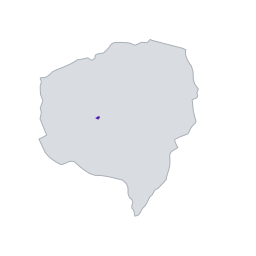 Chegutu Urban, Mashonaland West, Zimbabwe (highlighted), rotated 245°
{"feature_id": "62879985B25835202040787", "entity_name": "Chegutu Urban", "entity_type": "district", "adm_level": 2, "iso_a3": "ZWE", "parent_name": "Zimbabwe", "parent_adm1": "Mashonaland West", "projection": "natural_earth1", "projection_center": [30.15, -18.125], "detail": "fine", "context": "in_parent", "style": "filled", "palette": "violet", "viewbox_px": 256, "rotation_deg": 245, "n_neighbors": 0, "source": "geoboundaries", "source_scale": "gbopen_adm2", "svg_char_len": 2432}
<svg xmlns="http://www.w3.org/2000/svg" viewBox="0 0 256 256"><g transform="rotate(245 128 128)"><path d="M174.5,213.4L172.5,212.0L169.9,211.1L166.6,210.6L162.2,210.8L156.9,211.6L151.1,210.6L145.0,207.9L139.9,207.0L133.9,208.1L133.6,208.2L132.5,207.3L130.9,205.3L128.1,204.9L127.4,204.5L126.7,203.7L126.3,202.8L126.2,201.7L126.6,198.5L126.4,198.1L125.6,197.7L124.1,197.3L120.4,195.9L115.9,194.4L108.4,192.9L105.5,192.5L104.8,192.0L104.0,190.8L102.5,187.0L101.2,184.6L98.0,180.8L97.4,179.6L97.6,176.6L97.8,174.1L98.1,172.0L98.0,170.1L97.9,167.7L98.0,166.1L97.6,165.4L96.4,164.9L93.1,164.7L89.1,164.8L88.9,162.3L88.5,158.5L87.8,156.3L86.8,155.2L85.0,154.0L81.2,152.4L76.1,149.9L71.8,146.3L66.8,141.8L65.2,141.0L63.3,136.7L60.5,129.4L60.6,127.0L60.2,125.8L57.5,122.2L56.8,120.4L56.3,118.5L52.0,113.3L50.5,111.0L49.3,108.0L48.2,105.7L47.2,104.7L46.0,103.1L45.1,101.3L44.7,100.0L45.0,98.1L45.4,96.9L49.6,98.2L51.8,98.3L53.6,97.6L55.8,98.5L58.4,100.9L61.3,101.3L64.3,99.9L68.5,100.3L73.7,102.7L78.1,103.1L83.2,101.0L87.8,95.2L92.1,89.8L96.4,83.4L98.9,78.3L102.7,74.2L107.6,71.0L112.7,68.3L120.4,65.0L122.0,62.3L122.5,59.3L122.5,55.2L122.9,52.5L123.7,51.3L125.0,50.3L126.6,49.1L131.7,45.9L136.0,43.9L141.2,42.6L146.9,42.6L152.4,42.6L155.6,42.6L155.6,46.5L155.9,51.0L156.5,51.4L160.6,51.5L167.2,51.9L173.6,52.2L177.7,55.4L179.1,56.1L183.3,57.0L188.7,62.4L195.3,62.9L199.7,64.6L203.7,66.5L205.9,68.7L207.4,69.2L209.4,69.4L210.4,69.6L210.1,71.2L208.8,73.9L209.0,77.8L210.8,83.2L211.0,87.9L210.4,96.2L210.4,104.2L210.6,107.1L210.9,109.0L211.2,110.0L211.2,111.2L210.1,114.5L209.2,118.1L209.1,119.5L208.8,120.5L208.2,121.4L205.3,123.0L204.8,124.0L204.8,125.9L205.2,127.4L206.2,128.0L207.5,128.9L208.0,130.0L208.0,131.2L207.6,133.5L206.4,137.2L207.6,141.5L208.8,144.3L210.6,147.5L211.3,149.5L211.2,150.9L211.0,152.3L208.3,158.2L206.4,161.8L204.1,165.7L201.0,168.2L200.2,169.4L199.9,170.7L200.0,173.6L199.9,176.7L197.2,181.4L198.8,185.5L198.5,185.9L197.6,186.4L193.8,191.0L190.0,195.6L187.2,199.0L184.0,202.8L180.5,207.2L177.5,210.8L174.5,213.4Z" fill="#d9dde1" stroke="#a8b0b8" stroke-width="1"/><path d="M150.2,104.1L150.0,104.3L149.9,104.3L149.8,104.1L149.6,104.3L149.1,104.8L149.4,105.2L149.6,105.4L149.4,105.6L149.6,105.9L150.0,106.4L150.4,106.1L150.5,105.8L150.6,105.5L150.6,105.4L150.5,105.0L150.5,104.9L150.4,104.8L150.2,104.8L150.1,104.7L150.2,104.3L150.2,104.2L150.2,104.1Z" fill="#8b5cf6" stroke="#5b21b6" stroke-width="1.5"/></g></svg>